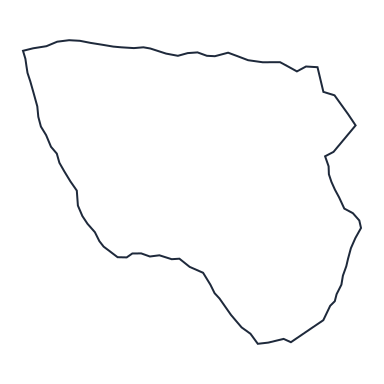 Esperança Nova, Paraná, Brazil (Albers equal-area conic projection)
{"feature_id": "56859067B5777804662884", "entity_name": "Esperança Nova", "entity_type": "district", "adm_level": 2, "iso_a3": "BRA", "parent_name": "Brazil", "parent_adm1": "Paraná", "projection": "albers", "projection_center": [-53.801, -23.723], "detail": "fine", "context": "isolated", "style": "outline", "palette": "slate", "viewbox_px": 384, "rotation_deg": 0, "n_neighbors": 0, "source": "geoboundaries", "source_scale": "gbopen_adm2", "svg_char_len": 1239}
<svg xmlns="http://www.w3.org/2000/svg" viewBox="0 0 384 384"><path d="M317.5,67.2L306.0,66.5L296.9,71.4L288.6,66.8L280.1,62.2L271.4,62.2L263.0,62.3L248.1,60.2L237.3,56.1L228.1,52.7L214.9,56.2L206.9,55.8L197.5,52.4L187.7,53.1L177.9,55.8L166.1,53.6L150.3,48.5L143.4,47.3L133.9,48.1L121.1,47.3L113.3,46.6L102.6,44.8L90.6,42.9L79.9,40.8L69.1,40.2L57.2,41.7L46.4,46.2L33.1,48.3L23.0,50.8L25.4,58.8L26.4,65.8L27.5,72.9L30.3,81.4L33.4,92.3L37.3,106.4L38.3,116.8L40.9,126.6L46.1,135.1L51.0,146.8L56.8,153.6L59.4,162.8L64.2,171.2L70.4,181.4L76.8,190.6L77.9,205.6L82.4,216.1L87.5,223.8L94.9,232.2L99.4,241.2L103.6,246.6L117.6,257.2L126.7,257.4L132.3,253.5L141.2,253.4L149.9,256.5L159.4,255.3L171.7,259.2L179.4,258.7L189.7,266.9L203.1,272.8L210.4,284.7L214.6,293.2L219.5,298.5L230.9,314.8L235.8,320.6L241.6,327.4L250.5,333.8L257.8,343.8L268.3,342.6L283.6,338.9L290.9,342.2L312.5,327.5L323.3,320.2L330.2,305.8L334.8,301.2L336.6,294.2L341.4,284.7L342.9,275.7L346.3,266.2L348.0,258.9L350.9,248.2L355.4,238.0L361.0,228.0L359.3,220.5L352.9,213.2L344.3,208.6L339.1,197.4L334.9,189.6L331.4,181.8L328.9,174.3L328.6,166.3L325.1,156.3L333.5,151.9L355.6,125.4L348.1,114.2L334.5,95.3L323.4,91.9L317.5,67.2Z" fill="none" stroke="#1e293b" stroke-width="2"/></svg>